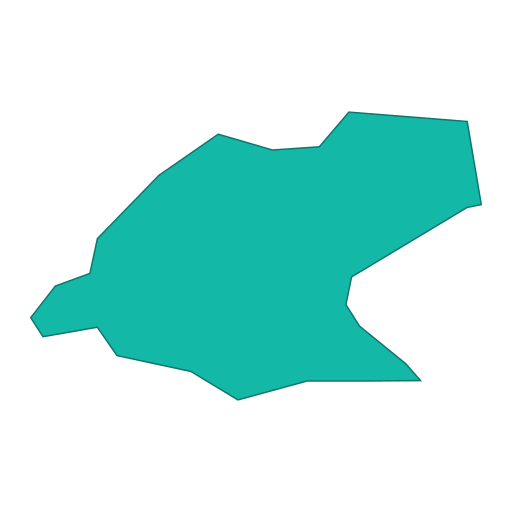 an SVG outline of Dublin
{"feature_id": "IRL-5575", "entity_name": "Dublin", "entity_type": "County", "adm_level": 1, "iso_a3": "IRL", "parent_name": "Ireland", "parent_adm1": "", "projection": "natural_earth1", "projection_center": [-6.257, 53.366], "detail": "fine", "context": "isolated", "style": "filled", "palette": "teal", "viewbox_px": 512, "rotation_deg": 0, "n_neighbors": 0, "source": "natural_earth", "source_scale": "10m", "svg_char_len": 426}
<svg xmlns="http://www.w3.org/2000/svg" viewBox="0 0 512 512"><path d="M481.3,204.6L467.0,207.5L351.6,276.9L345.9,304.6L359.5,326.1L405.7,363.7L420.5,380.6L366.2,381.0L307.0,381.0L237.9,399.9L191.0,371.5L117.0,355.6L97.3,327.2L43.0,336.7L30.7,317.7L55.4,286.0L89.9,273.4L97.4,238.6L159.0,175.3L218.2,134.2L272.4,150.0L319.3,146.8L348.9,112.1L467.2,121.5L481.3,204.6Z" fill="#14b8a6" stroke="#0f766e" stroke-width="1.5"/></svg>